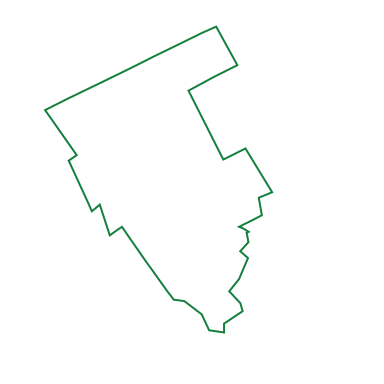 outline of Tolland, Connecticut, United States of America, rotated 333°
{"feature_id": "52423323B70359204193032", "entity_name": "Tolland", "entity_type": "district", "adm_level": 2, "iso_a3": "USA", "parent_name": "United States of America", "parent_adm1": "Connecticut", "projection": "mercator", "projection_center": [-72.337, 41.811], "detail": "fine", "context": "isolated", "style": "outline", "palette": "green", "viewbox_px": 384, "rotation_deg": 333, "n_neighbors": 0, "source": "geoboundaries", "source_scale": "gbopen_adm2", "svg_char_len": 771}
<svg xmlns="http://www.w3.org/2000/svg" viewBox="0 0 384 384"><g transform="rotate(333 192 192)"><path d="M98.3,52.3L106.0,106.8L96.4,108.1L94.5,155.6L94.0,163.7L104.1,161.4L100.1,186.7L99.1,193.3L109.4,191.7L113.8,191.3L115.0,200.5L115.6,205.1L119.5,233.5L121.3,245.0L124.9,269.1L126.9,279.7L135.6,285.7L145.1,305.4L144.5,323.0L156.8,331.7L160.8,323.8L183.0,321.2L184.6,313.0L180.1,297.4L194.4,290.9L211.9,276.3L208.1,266.7L219.5,262.3L222.2,253.1L224.4,253.2L221.1,247.7L218.2,244.4L223.1,244.4L235.2,244.5L243.7,244.4L248.9,227.4L263.3,228.6L259.4,177.5L234.6,177.3L234.9,100.1L265.4,99.4L290.0,99.6L288.6,55.6L272.9,54.8L240.5,54.3L219.7,53.9L209.8,53.9L188.1,53.7L164.8,53.3L150.6,53.0L122.9,52.4L98.3,52.3Z" fill="none" stroke="#15803d" stroke-width="2"/></g></svg>